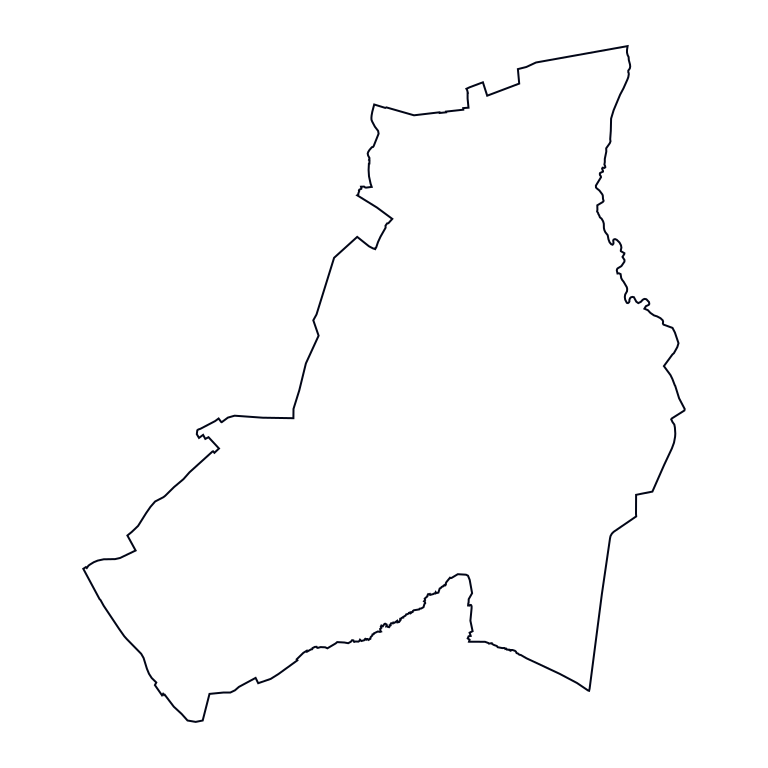 Kerkrade, Limburg, Netherlands (orthographic projection)
{"feature_id": "6326949B5477842522812", "entity_name": "Kerkrade", "entity_type": "district", "adm_level": 2, "iso_a3": "NLD", "parent_name": "Netherlands", "parent_adm1": "Limburg", "projection": "orthographic", "projection_center": [6.055, 50.875], "detail": "fine", "context": "isolated", "style": "outline", "palette": "ink", "viewbox_px": 768, "rotation_deg": 0, "n_neighbors": 0, "source": "geoboundaries", "source_scale": "gbopen_adm2", "svg_char_len": 6090}
<svg xmlns="http://www.w3.org/2000/svg" viewBox="0 0 768 768"><path d="M197.3,430.3L196.8,434.2L199.0,437.9L203.1,434.9L205.3,438.9L208.5,437.2L219.0,448.5L214.4,452.8L213.1,451.3L212.5,451.5L189.5,472.3L183.5,479.1L174.0,487.1L165.2,495.8L163.4,497.2L155.1,501.5L150.5,506.8L146.2,513.0L138.1,525.9L131.7,532.0L127.4,535.5L135.6,550.5L120.0,558.0L115.1,559.1L103.7,559.3L97.7,560.6L93.8,562.2L90.2,564.4L88.5,565.6L86.8,568.0L85.9,567.1L83.3,568.8L99.6,599.2L100.5,600.0L103.7,605.8L119.3,629.2L124.3,636.3L126.8,639.1L141.2,653.8L143.6,658.0L146.9,668.7L149.0,673.8L151.7,678.0L156.3,682.5L154.9,685.1L162.0,695.3L163.1,693.8L164.1,695.1L164.7,694.7L173.8,706.7L181.7,714.0L187.5,720.5L195.7,721.9L202.7,720.5L209.5,693.9L223.8,692.5L230.4,692.5L235.0,690.3L238.9,686.9L255.6,677.9L258.2,683.2L270.7,678.9L278.5,674.0L297.4,660.3L296.7,659.3L303.4,652.8L306.5,650.9L306.5,651.6L306.8,651.8L311.0,649.4L312.0,649.3L312.4,648.8L312.5,648.1L314.9,646.9L316.6,646.8L317.1,647.7L317.8,647.9L320.5,647.1L325.2,647.3L327.4,648.3L335.7,643.4L337.2,642.1L344.3,642.5L348.2,643.2L350.9,641.7L352.1,640.2L353.4,640.4L353.9,641.7L354.3,641.9L355.3,641.5L358.5,641.6L359.4,640.9L360.0,639.7L361.4,641.0L364.0,640.3L364.6,640.1L364.7,639.4L365.3,638.8L366.6,639.6L366.9,639.0L367.5,639.0L368.7,639.9L369.6,638.9L370.3,638.9L370.7,637.1L372.3,635.5L372.5,634.4L373.7,634.1L373.9,633.4L377.8,631.5L380.0,631.9L380.9,631.6L380.4,631.1L380.5,630.1L380.1,629.0L381.4,627.8L380.8,626.7L381.4,625.5L382.9,626.2L384.5,623.9L385.2,623.7L386.6,624.5L386.3,626.0L386.9,625.7L387.3,626.7L389.1,627.2L389.6,626.5L389.6,625.3L390.6,625.2L390.5,624.3L391.2,623.2L392.9,623.4L393.3,622.5L394.5,622.8L397.3,620.7L397.5,621.1L397.2,622.1L397.3,622.4L399.1,622.0L400.6,619.9L400.1,619.2L400.2,618.8L400.9,618.8L401.6,617.9L403.1,617.6L403.0,617.1L405.5,615.6L406.3,614.3L407.3,614.2L409.2,613.2L409.1,612.8L409.4,612.7L410.4,613.4L411.2,612.8L411.0,612.2L412.6,612.0L412.9,611.0L413.8,610.3L419.2,609.4L419.6,608.7L421.2,608.5L423.5,607.2L424.4,604.1L425.2,603.2L425.0,602.1L424.0,601.3L425.1,600.1L424.7,598.6L427.4,596.3L427.4,595.5L428.2,594.1L429.4,594.6L429.5,594.1L429.9,593.9L430.5,594.8L433.5,594.0L434.3,593.4L435.2,593.5L435.7,592.2L436.4,593.1L438.4,592.6L439.7,588.5L440.8,588.0L441.7,586.9L443.5,586.2L443.5,585.7L444.5,585.0L445.4,585.3L445.9,584.3L445.8,583.3L446.4,582.1L450.0,577.7L450.7,578.1L451.6,577.9L457.8,574.2L466.0,574.7L468.0,575.7L469.7,579.9L472.1,593.2L468.7,599.2L468.6,602.6L468.3,603.2L468.1,605.5L469.5,605.6L470.1,604.9L471.1,605.1L471.6,606.2L471.6,608.1L470.4,620.7L472.6,631.2L469.6,632.7L470.7,635.9L468.6,636.3L467.7,638.4L469.6,639.7L469.0,641.7L485.0,641.8L488.3,643.0L488.9,643.6L491.8,643.2L492.2,644.0L494.0,645.0L496.8,646.0L497.7,647.2L502.4,648.1L504.3,648.0L505.0,648.3L505.3,649.0L506.3,648.7L506.9,649.6L509.3,649.7L509.4,650.2L510.6,650.7L510.9,650.0L512.5,650.0L514.9,650.8L515.9,651.6L516.6,653.1L517.9,653.5L519.3,654.7L520.8,655.0L526.5,658.3L559.6,673.8L577.0,683.0L588.1,690.5L589.1,690.8L589.6,688.7L601.9,593.9L610.0,538.5L610.5,536.1L611.9,533.6L613.7,531.8L636.2,516.4L636.0,513.8L636.1,494.8L652.4,491.6L664.2,464.8L671.9,448.4L674.0,442.7L675.1,436.7L675.3,433.6L674.9,427.5L674.3,424.5L672.6,422.2L671.2,419.3L671.9,418.4L684.4,410.5L684.7,409.0L679.1,398.3L675.2,385.8L674.8,385.3L672.4,379.0L670.5,375.1L663.9,366.1L672.4,354.5L673.9,353.2L677.3,347.1L678.5,343.2L674.9,332.5L672.5,327.9L663.5,324.6L662.9,323.6L663.1,321.5L662.7,320.3L660.5,318.2L657.1,316.4L654.0,315.4L650.4,312.9L647.9,310.2L644.4,308.7L645.9,306.2L648.7,304.9L649.3,303.9L649.0,302.1L646.4,299.3L644.8,298.9L643.7,299.2L642.6,299.9L640.9,301.8L638.3,303.1L636.3,301.7L633.9,297.2L632.3,296.9L630.8,297.4L630.0,298.3L629.4,299.9L629.4,301.5L629.0,302.3L627.9,303.1L626.8,302.8L625.2,299.7L624.8,297.0L625.2,294.5L627.0,291.3L627.2,289.0L626.8,287.2L623.6,281.7L622.1,279.8L621.2,278.0L620.6,274.1L618.9,273.3L617.5,273.5L616.8,270.5L617.0,269.3L617.6,268.4L621.4,266.1L624.4,261.7L624.5,260.0L622.5,256.9L624.3,254.0L624.4,253.2L620.9,251.2L620.8,250.2L621.4,247.7L621.0,245.3L619.5,242.5L616.7,239.8L615.0,239.1L613.6,239.6L613.2,240.7L613.5,242.6L613.4,243.7L612.6,244.7L611.2,244.2L609.6,242.3L608.5,239.4L607.7,235.2L605.4,232.3L604.4,230.2L603.9,228.0L603.8,223.7L603.1,221.3L601.6,218.7L599.9,217.3L599.2,215.4L598.4,214.1L598.1,213.0L597.1,211.5L597.4,209.8L597.3,205.3L602.8,202.0L603.6,200.9L603.0,198.9L602.8,195.7L602.4,194.5L599.4,190.5L596.7,188.3L596.0,187.5L595.9,185.6L601.0,177.2L600.8,176.2L600.0,175.1L599.8,173.9L600.1,173.0L603.0,171.6L603.0,171.0L602.1,168.7L602.6,167.7L604.5,167.9L605.3,167.2L605.1,166.0L604.4,164.5L604.8,162.1L604.8,158.9L606.3,151.6L606.2,148.3L609.8,143.2L610.5,141.3L610.2,139.2L610.8,130.9L611.1,118.6L613.6,110.3L620.1,94.7L623.5,88.3L627.5,79.3L628.3,77.1L628.8,74.2L628.6,72.7L628.3,72.3L628.3,70.6L629.8,68.5L630.2,66.6L630.0,64.5L628.8,60.0L628.6,57.0L627.6,55.0L627.0,52.6L627.0,49.9L627.6,46.1L536.0,62.5L526.3,67.0L517.9,69.1L519.2,83.6L487.2,95.7L482.9,82.3L469.6,87.3L466.4,88.8L467.1,90.0L467.8,92.7L467.6,92.7L467.6,98.6L468.5,107.7L463.2,108.1L463.3,109.7L446.0,111.6L446.1,112.3L439.6,113.0L439.5,112.3L414.0,115.3L386.4,107.4L385.3,107.9L374.2,104.5L372.3,111.7L371.6,115.5L371.4,117.9L371.5,119.8L372.2,121.6L374.9,126.7L378.1,130.9L378.6,133.7L373.7,146.0L373.1,146.9L371.9,147.2L369.6,149.8L368.3,151.8L367.7,153.5L368.1,155.5L369.5,158.1L369.0,159.9L369.5,160.1L369.4,163.6L368.9,163.7L368.6,170.0L369.0,176.3L370.6,183.7L371.7,186.9L366.3,187.6L365.2,187.5L364.1,186.6L361.0,186.7L361.4,188.3L361.3,188.8L359.3,189.7L358.9,190.5L359.2,191.1L358.3,193.6L358.3,194.5L357.2,195.3L376.9,207.5L392.3,218.9L388.4,223.2L387.1,223.4L385.5,225.7L385.6,227.7L380.5,236.7L378.0,242.1L376.1,247.7L375.5,247.9L375.2,249.1L373.0,248.4L369.0,246.3L357.2,236.9L334.1,257.8L316.5,314.5L313.3,320.3L318.6,335.7L305.9,363.4L299.3,390.3L293.5,408.9L293.4,418.2L262.6,417.7L234.6,415.7L227.9,417.6L221.7,422.2L221.2,422.0L218.6,418.5L215.1,421.1L200.4,428.8L198.3,429.5L197.3,430.3Z" fill="none" stroke="#020617" stroke-width="2"/></svg>